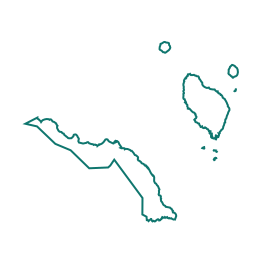 the district of Tawae/Siassi District, Morobe, Papua New Guinea, rotated 7°
{"feature_id": "67681753B89980721222980", "entity_name": "Tawae/Siassi District", "entity_type": "district", "adm_level": 2, "iso_a3": "PNG", "parent_name": "Papua New Guinea", "parent_adm1": "Morobe", "projection": "robinson", "projection_center": [147.705, -5.833], "detail": "fine", "context": "isolated", "style": "outline", "palette": "teal", "viewbox_px": 256, "rotation_deg": 7, "n_neighbors": 0, "source": "geoboundaries", "source_scale": "gbopen_adm2", "svg_char_len": 5960}
<svg xmlns="http://www.w3.org/2000/svg" viewBox="0 0 256 256"><g transform="rotate(7 128 128)"><path d="M185.8,213.1L186.6,209.5L186.3,208.4L185.5,207.2L184.3,206.4L183.0,206.4L182.5,205.6L182.7,204.7L181.9,204.1L181.0,202.8L180.2,202.7L179.4,201.9L175.0,201.6L174.5,200.8L172.9,200.2L172.3,199.7L170.9,197.5L169.9,196.7L169.3,194.9L169.5,194.1L169.0,193.5L169.0,192.0L168.5,191.2L167.0,191.0L166.5,190.2L166.7,188.1L166.3,186.5L166.7,185.1L166.5,184.8L166.0,184.3L165.7,183.5L164.7,181.9L163.9,181.4L162.6,179.8L161.6,179.4L161.2,178.9L160.4,177.5L160.0,173.7L159.2,172.3L158.6,171.9L159.0,172.9L157.1,171.0L155.9,169.5L154.1,166.7L153.7,166.5L153.4,165.7L152.7,164.9L151.6,164.0L151.7,164.3L152.3,164.9L152.2,165.2L151.2,164.3L151.0,163.7L149.3,163.2L147.9,161.8L145.8,161.3L145.2,160.4L144.6,159.9L143.9,159.7L143.5,159.2L142.3,159.0L141.6,158.2L141.5,157.2L141.7,156.5L141.3,155.5L139.4,154.2L138.0,153.9L136.5,152.0L134.5,150.2L133.6,150.3L132.8,149.6L130.2,148.9L128.2,149.0L127.4,149.5L127.2,148.8L126.5,148.5L123.9,148.9L123.0,148.6L123.7,148.1L123.7,147.8L121.4,145.2L120.2,143.2L118.8,142.3L118.1,142.3L118.0,142.7L118.3,143.2L117.0,144.0L116.8,143.8L116.8,143.3L117.7,142.3L117.2,142.2L116.4,143.1L115.5,145.1L115.0,145.1L111.1,143.8L110.2,143.2L109.1,141.9L107.9,141.8L107.0,142.2L105.6,144.8L104.3,146.4L102.6,147.6L101.4,147.7L101.3,148.4L100.5,148.8L99.8,149.6L99.6,149.0L98.6,148.7L98.1,148.8L97.7,148.5L97.1,148.5L96.0,149.0L95.2,148.4L93.6,148.4L91.2,147.9L90.4,147.1L90.0,146.9L89.1,147.2L88.5,147.8L85.3,148.9L81.1,148.4L80.3,147.1L80.5,144.9L80.4,144.4L79.4,143.4L78.8,142.3L77.5,141.0L76.4,140.8L75.1,141.3L74.8,141.9L74.8,142.9L73.1,145.0L70.8,145.4L69.8,145.3L68.8,144.5L67.6,143.9L67.1,143.4L65.8,142.8L64.9,141.4L63.6,141.2L62.5,140.1L60.5,140.0L59.3,139.1L57.7,136.8L57.4,135.4L57.8,134.4L56.9,133.6L56.7,133.1L56.2,132.7L56.1,132.2L53.9,131.0L52.3,130.7L51.6,129.8L50.5,128.9L49.5,128.9L49.1,129.4L47.8,128.9L45.8,129.1L44.1,129.7L42.3,130.7L41.6,131.6L41.0,132.7L40.3,131.7L39.2,131.1L38.4,130.3L37.1,129.8L36.9,129.6L36.8,128.7L25.6,136.3L37.5,137.5L57.8,152.6L73.8,157.1L94.4,172.7L113.1,169.6L115.0,167.4L118.2,161.1L150.9,195.7L152.8,212.1L157.2,213.8L157.9,217.1L158.8,216.9L159.7,217.9L161.8,215.5L162.1,215.5L162.2,215.9L162.5,216.1L163.0,217.1L163.7,217.7L164.7,217.0L165.8,217.5L166.2,217.4L166.8,216.6L167.3,216.4L167.5,216.0L168.4,215.1L169.0,215.2L169.3,215.0L169.8,215.3L170.2,216.0L171.2,215.6L171.9,214.4L172.3,214.3L172.5,213.1L172.9,212.2L173.3,212.3L173.7,212.9L175.0,212.4L175.5,212.6L175.6,212.0L176.0,212.2L176.8,212.0L177.2,212.2L177.8,211.7L178.5,212.5L179.4,212.7L180.0,212.3L180.8,212.7L182.0,212.3L182.9,212.9L184.5,213.3L185.3,213.0L185.8,213.1ZM184.0,67.8L183.0,66.7L182.3,67.3L181.1,67.3L180.9,67.5L181.0,69.0L180.7,69.4L180.3,69.3L179.5,70.6L179.7,71.4L179.5,71.7L179.0,71.5L178.8,71.6L178.8,72.0L178.1,72.9L177.8,74.3L178.2,75.0L177.9,75.5L177.9,76.5L177.6,77.6L177.9,79.3L178.4,80.4L178.4,81.9L178.8,82.9L178.9,83.7L178.5,84.3L178.5,85.0L179.3,86.4L179.3,86.8L178.8,87.4L179.1,88.8L179.2,91.2L179.5,92.1L180.0,92.5L180.8,92.6L181.2,93.7L181.7,94.3L181.8,94.9L181.4,95.6L181.7,95.8L182.1,95.2L182.4,95.3L183.0,97.0L184.1,97.9L184.2,98.5L184.1,99.2L184.9,100.3L185.0,101.5L186.1,101.6L186.6,101.3L187.0,101.6L189.4,103.7L190.9,104.6L191.6,104.6L192.6,105.3L192.9,106.0L193.2,105.9L193.4,106.1L193.7,107.6L194.5,108.3L194.6,108.9L194.3,110.0L193.5,110.7L192.8,111.8L193.8,112.7L193.9,113.3L194.1,113.7L194.7,114.0L195.5,114.0L197.0,114.9L197.6,114.8L198.0,114.9L198.5,116.2L199.7,117.4L200.0,118.1L200.8,117.9L201.4,117.4L202.0,118.6L203.3,118.9L204.2,118.5L204.4,118.0L204.8,118.1L205.2,118.5L205.8,118.6L206.4,119.3L207.7,119.6L208.7,121.3L209.4,121.0L210.3,121.2L210.0,122.1L211.1,123.3L211.9,123.3L212.1,125.0L213.4,127.8L214.4,128.0L215.0,127.5L215.4,127.4L215.9,127.9L216.6,127.7L216.6,126.9L216.1,125.9L216.0,125.1L216.2,124.6L217.5,125.1L218.2,126.2L218.7,126.0L218.9,125.5L218.8,124.8L219.2,124.0L219.0,123.0L218.7,122.4L219.2,122.5L219.7,122.1L219.5,120.8L220.6,119.3L221.0,118.3L221.5,118.1L222.2,117.1L222.4,116.0L222.4,114.7L222.8,114.0L223.0,112.9L223.1,111.2L223.8,110.7L223.6,110.1L223.6,107.6L224.3,106.7L224.7,103.8L225.4,101.7L225.6,100.2L226.5,97.9L226.3,96.6L225.9,95.8L224.4,94.3L224.4,93.6L224.0,92.6L223.4,91.9L223.1,91.1L221.8,89.2L221.1,88.4L220.8,87.7L218.3,86.3L217.8,85.0L216.5,83.7L215.9,83.9L215.2,82.9L214.6,82.6L213.8,82.6L213.2,81.8L212.9,81.8L212.5,80.7L211.8,81.1L211.4,80.9L210.1,80.1L209.3,79.2L207.9,79.4L204.9,79.3L204.1,78.9L203.3,78.0L202.5,78.4L201.0,78.6L198.9,77.9L197.5,77.0L196.5,75.9L196.1,73.8L195.2,73.2L193.4,70.9L192.7,70.5L192.2,69.0L191.5,68.2L189.5,68.2L189.0,67.7L187.8,67.7L187.0,67.2L185.7,67.6L184.0,67.8ZM226.3,65.2L227.1,64.2L228.7,63.5L229.7,62.5L230.1,61.5L230.3,59.2L229.7,56.7L228.8,55.2L227.0,54.1L226.4,53.4L224.2,52.7L223.6,52.7L221.8,54.9L221.7,55.8L220.8,57.9L221.1,60.1L221.0,61.5L221.5,62.3L222.8,63.0L224.0,64.0L224.8,64.2L225.3,64.9L225.8,65.3L226.3,65.2ZM155.3,38.5L154.1,38.1L153.1,38.4L150.9,40.2L150.2,40.4L150.0,40.6L150.0,42.2L149.6,43.6L149.7,45.9L150.2,46.5L151.9,47.1L153.6,48.5L154.6,48.4L155.6,48.8L156.2,48.5L159.0,45.8L159.8,44.5L160.2,43.2L159.6,41.5L158.8,40.8L158.3,38.9L157.2,38.5L155.3,38.5ZM217.8,149.3L218.0,147.9L219.3,147.2L219.2,147.0L218.4,146.9L217.5,147.6L217.0,148.8L217.5,149.4L217.8,149.3ZM206.2,139.0L205.9,137.7L205.6,137.8L205.1,138.4L204.4,138.5L204.2,138.9L206.0,139.2L206.2,139.0ZM212.2,127.4L212.5,126.7L211.6,124.8L211.3,125.1L211.5,126.7L211.7,127.1L212.2,127.4ZM230.2,78.1L230.4,77.1L230.4,76.5L230.2,76.5L230.0,77.6L229.3,78.4L229.5,78.5L230.2,78.1ZM210.2,123.3L210.1,123.0L209.7,122.7L209.6,123.2L209.9,123.5L210.2,123.3ZM219.1,140.7L218.8,140.4L218.3,140.3L218.4,140.7L218.9,140.9L219.1,140.7ZM216.8,128.5L216.8,128.0L216.2,128.2L216.3,128.5L216.8,128.5ZM216.6,139.9L216.9,139.6L215.9,139.6L215.8,139.8L215.9,140.0L216.6,139.9Z" fill="none" stroke="#0f766e" stroke-width="2"/></g></svg>